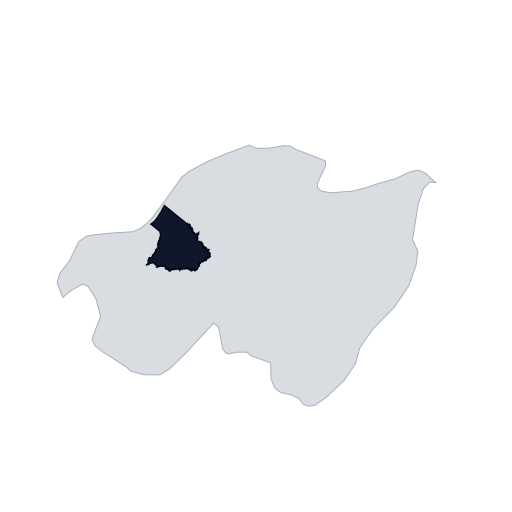 location of Karongi, Western, Rwanda, rotated 39°
{"feature_id": "39286606B2179123121438", "entity_name": "Karongi", "entity_type": "district", "adm_level": 2, "iso_a3": "RWA", "parent_name": "Rwanda", "parent_adm1": "Western", "projection": "equal_earth", "projection_center": [29.451, -2.174], "detail": "fine", "context": "in_parent", "style": "filled", "palette": "ink", "viewbox_px": 512, "rotation_deg": 39, "n_neighbors": 0, "source": "geoboundaries", "source_scale": "gbopen_adm2", "svg_char_len": 6885}
<svg xmlns="http://www.w3.org/2000/svg" viewBox="0 0 512 512"><g transform="rotate(39 256 256)"><path d="M213.8,148.7L218.6,148.5L249.9,138.4L253.1,141.6L258.1,161.2L260.8,164.0L265.2,164.7L274.0,160.2L290.1,144.9L297.2,135.6L305.5,122.5L316.1,107.7L322.0,94.8L327.8,87.3L335.3,85.0L343.7,85.6L349.5,85.8L344.7,88.9L343.7,98.3L349.3,113.4L367.3,144.7L378.7,150.4L386.2,162.5L393.5,183.0L395.7,208.6L392.7,239.3L394.5,262.2L401.1,277.2L402.8,296.7L399.7,320.6L395.8,334.9L391.3,339.7L386.2,341.4L379.3,339.8L370.8,341.8L361.6,346.3L355.8,347.0L352.2,346.1L345.4,342.3L334.7,329.9L314.7,336.7L309.3,336.6L302.0,342.5L296.0,349.7L292.4,350.2L288.7,349.2L271.5,334.6L265.2,335.1L262.6,376.1L259.7,398.8L256.1,408.9L243.8,418.7L231.4,424.3L224.6,423.9L197.3,427.0L186.6,427.0L180.8,423.7L173.1,400.5L158.6,390.1L144.7,385.3L139.1,386.6L134.1,398.8L132.0,409.7L118.5,402.2L114.5,393.0L114.1,377.4L109.2,356.1L111.9,347.0L117.2,341.1L128.4,329.9L145.4,314.3L149.0,306.8L151.4,294.4L150.3,265.6L148.7,241.2L150.7,232.5L158.5,213.7L168.9,194.4L181.0,174.1L188.3,172.1L198.0,164.4L208.1,152.9L213.8,148.7Z" fill="#d9dde1" stroke="#a8b0b8" stroke-width="1"/><path d="M211.6,308.9L212.8,308.4L213.2,308.5L213.5,308.0L213.8,307.2L214.0,307.6L214.3,307.3L214.7,307.9L215.0,308.2L215.2,307.6L215.0,307.2L215.3,306.5L215.7,306.7L215.7,306.2L216.2,306.1L216.6,305.6L216.9,305.9L217.6,306.0L218.1,305.4L217.9,304.9L218.5,304.0L218.4,303.6L218.6,303.1L218.5,302.9L218.5,302.3L218.3,302.2L218.1,302.1L217.8,301.6L217.7,300.7L218.0,300.4L217.9,300.1L218.1,299.6L217.8,299.6L217.8,299.2L217.7,299.0L217.1,299.1L217.0,298.2L216.4,298.2L216.6,297.3L217.1,296.9L216.8,296.8L216.8,296.7L216.9,296.3L216.8,295.9L217.0,295.5L217.5,294.9L217.6,294.5L217.8,294.5L218.1,293.9L218.3,293.8L218.2,293.5L218.0,293.4L218.4,293.1L218.3,292.8L218.7,292.5L218.7,291.8L219.0,291.4L219.5,291.3L219.5,291.0L219.9,291.0L220.0,290.8L219.8,290.6L219.8,290.3L219.7,290.1L219.3,290.2L219.3,289.8L219.0,289.6L219.0,289.2L219.1,288.8L219.2,289.0L219.3,289.6L219.6,289.6L219.7,288.6L219.4,287.8L219.8,288.1L219.9,287.4L220.4,287.3L220.5,286.8L220.1,286.8L220.0,286.2L220.5,286.2L220.7,285.4L220.7,285.1L220.6,284.9L220.1,285.0L219.8,284.8L219.4,284.0L219.0,283.7L218.6,282.8L218.2,282.9L218.1,283.0L217.7,282.7L217.3,282.7L216.0,283.2L215.8,281.9L215.6,281.5L215.4,281.5L215.3,281.2L215.4,280.7L214.8,280.9L214.3,281.6L214.0,281.8L213.6,281.5L212.6,281.5L212.1,281.1L211.6,281.0L211.1,281.1L211.3,281.3L211.5,281.3L211.7,281.5L211.5,282.0L211.3,282.2L211.1,281.8L210.8,282.0L210.5,281.5L210.4,281.6L210.2,281.5L210.0,281.9L209.8,281.7L209.7,281.9L209.5,281.7L209.1,281.9L208.7,282.3L208.6,282.1L208.3,281.9L208.4,281.6L208.4,281.2L207.9,280.8L207.4,281.0L207.3,280.8L207.1,281.1L206.5,280.1L206.3,280.2L206.0,279.9L205.8,279.9L205.6,280.1L205.1,279.7L204.8,280.2L204.5,280.0L204.4,280.1L204.2,279.9L203.7,280.2L203.0,280.2L202.7,280.5L202.9,281.0L202.5,281.2L202.1,281.0L201.9,281.1L201.5,281.0L200.4,281.0L200.3,280.8L199.9,280.4L199.9,280.2L199.7,280.1L199.9,279.5L199.7,279.1L199.4,279.0L199.3,278.6L199.0,278.5L198.7,278.3L198.5,278.2L198.3,277.9L197.8,277.7L197.7,277.5L197.8,277.1L197.1,277.2L197.1,276.8L197.3,276.7L197.5,275.9L197.6,275.2L196.9,274.3L196.9,274.7L196.5,274.9L196.3,275.3L196.1,275.5L196.1,275.8L195.8,276.2L195.5,277.1L195.2,277.2L195.0,277.5L194.5,277.8L194.5,277.5L194.3,277.3L193.8,277.1L193.7,277.2L193.4,276.9L193.2,277.2L192.7,277.0L192.6,277.4L192.7,277.6L192.5,277.8L192.0,277.6L191.8,276.8L191.3,276.8L191.3,277.2L191.0,277.0L190.8,276.3L190.6,276.0L190.3,276.1L190.2,275.8L189.7,276.1L189.7,275.7L189.8,275.2L189.7,274.9L189.2,274.8L189.1,275.2L188.9,275.2L188.4,274.8L188.3,275.0L188.1,274.9L187.9,274.6L187.7,275.1L187.3,275.8L187.1,275.0L186.5,275.3L186.3,274.6L185.9,274.6L185.6,274.3L185.2,274.4L185.1,274.1L185.3,274.1L185.3,273.7L185.5,273.6L185.3,273.4L185.1,273.6L184.7,273.6L184.3,273.3L184.2,273.3L184.2,273.5L183.9,273.8L183.8,274.0L183.5,274.2L182.3,273.9L182.0,274.0L181.4,274.5L153.1,274.5L154.5,281.6L154.9,285.4L155.3,289.2L155.3,291.9L155.2,293.6L154.8,295.4L154.3,297.4L155.7,297.3L165.8,297.3L168.2,299.3L168.8,300.0L170.7,304.1L171.0,304.8L170.8,305.4L171.4,306.2L171.4,306.4L171.4,306.7L171.7,306.8L171.9,307.4L172.1,307.6L172.1,307.8L171.9,308.0L172.1,308.5L172.3,308.5L172.3,308.3L172.5,308.3L172.4,308.0L172.6,308.0L172.9,309.0L173.0,309.1L173.0,309.5L173.4,309.4L173.9,309.6L174.0,310.1L174.2,310.4L174.2,310.7L174.5,310.4L174.9,310.3L174.9,310.1L175.2,310.2L175.3,310.4L175.5,310.4L175.5,310.7L175.8,310.5L175.7,311.1L175.1,311.1L175.0,312.0L174.8,312.7L174.5,312.9L174.5,313.4L174.2,313.8L174.1,314.1L174.4,314.5L175.2,315.1L175.2,315.4L175.3,315.7L175.1,315.8L175.1,316.2L175.5,316.3L175.7,316.5L175.2,317.3L175.4,317.8L175.5,318.2L175.2,319.2L175.2,320.2L175.4,320.4L175.4,321.0L175.7,321.5L175.8,322.4L176.1,322.6L176.0,322.9L175.7,323.0L175.5,323.4L175.5,323.6L175.0,323.9L174.9,324.4L174.3,324.3L174.2,324.6L174.3,325.1L174.4,325.3L174.4,325.6L175.1,326.0L174.8,327.3L175.7,328.2L176.6,328.6L176.5,328.8L176.7,329.1L176.6,329.4L176.7,329.8L176.8,330.0L176.8,330.4L177.2,330.5L176.9,330.7L176.4,331.4L176.4,331.6L176.5,331.7L176.6,331.9L176.9,332.1L177.1,332.2L176.6,331.8L176.5,331.5L176.5,331.3L176.9,330.7L177.6,330.5L177.8,329.9L177.8,329.7L178.0,329.3L178.1,328.7L179.1,327.1L179.4,327.0L179.6,326.7L179.9,326.4L179.9,325.9L180.2,326.0L180.5,325.7L182.8,326.0L183.4,325.6L183.9,326.0L184.4,325.5L185.1,325.5L185.4,325.6L185.4,325.8L185.7,326.7L185.6,327.1L186.1,327.0L186.3,326.8L186.3,326.4L186.5,326.2L186.8,325.9L186.8,325.7L187.0,325.6L187.3,324.9L187.6,324.6L187.5,324.4L187.8,324.1L187.9,323.7L188.1,323.7L188.1,323.4L188.5,322.8L188.8,322.7L189.3,323.2L189.9,322.4L190.3,322.4L190.7,322.1L191.0,321.4L191.0,321.1L191.2,320.9L191.9,321.2L192.1,321.6L192.8,322.0L193.0,322.3L193.4,322.4L193.7,322.2L193.9,322.3L194.1,322.7L194.6,322.2L195.2,322.2L195.0,321.8L195.3,321.8L195.4,321.6L195.7,321.8L195.9,321.4L196.2,321.4L196.6,321.0L197.0,321.9L197.9,321.9L198.2,322.2L198.5,321.7L198.6,321.9L198.6,321.6L198.9,321.1L198.8,320.7L199.0,319.9L199.0,319.7L199.4,319.5L199.5,319.0L199.9,318.9L200.5,317.9L200.8,317.9L200.9,317.6L201.1,317.6L201.3,317.4L201.2,317.1L201.6,316.4L201.6,316.1L201.7,315.8L202.2,315.7L202.5,316.2L202.8,315.6L203.5,315.2L203.8,314.9L204.0,314.6L204.1,314.8L204.2,314.7L204.3,314.8L204.6,314.8L204.8,314.2L205.0,313.8L205.1,314.1L205.4,314.4L205.2,313.6L205.5,313.0L205.8,313.0L206.0,313.2L206.1,312.6L206.5,312.7L206.5,312.4L206.8,312.1L207.0,312.3L207.0,312.0L207.3,311.7L207.3,311.4L207.7,311.2L207.9,310.8L208.3,310.7L208.7,309.9L208.8,310.3L209.0,309.9L209.2,310.2L209.6,310.1L209.6,309.9L209.3,309.9L209.1,309.3L209.3,309.2L209.4,309.5L209.6,309.5L209.8,309.2L209.5,308.7L209.9,308.6L210.1,307.7L210.4,307.9L210.8,307.7L211.1,307.8L211.3,308.4L211.3,308.8L211.6,308.9Z" fill="#0f172a" stroke="#020617" stroke-width="1.5"/></g></svg>